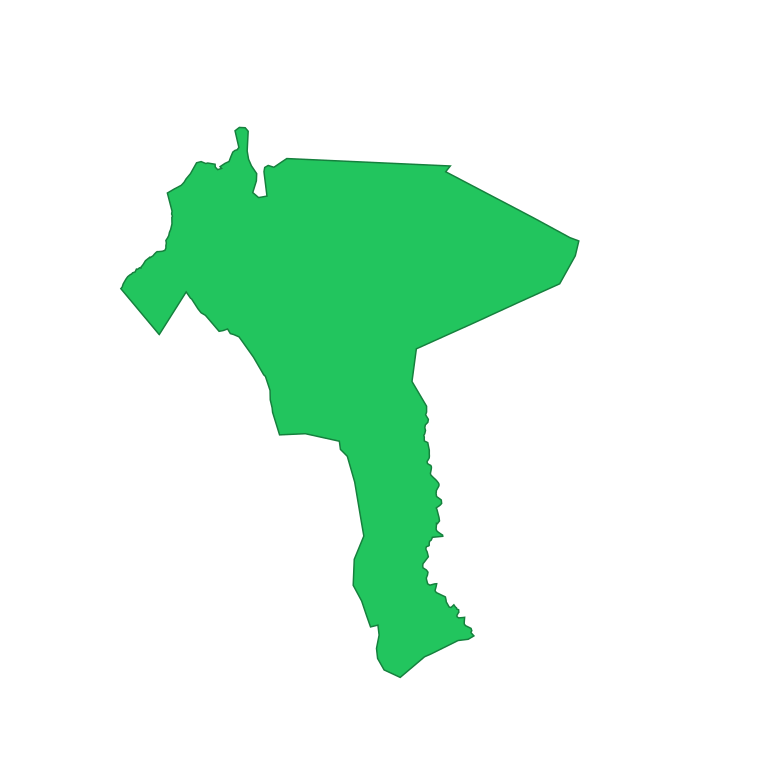 outline of San Francisco Chindúa, Oaxaca, Mexico, rotated 254°
{"feature_id": "50627088B18479476628960", "entity_name": "San Francisco Chindúa", "entity_type": "district", "adm_level": 2, "iso_a3": "MEX", "parent_name": "Mexico", "parent_adm1": "Oaxaca", "projection": "orthographic", "projection_center": [-97.323, 17.415], "detail": "fine", "context": "isolated", "style": "filled", "palette": "green", "viewbox_px": 768, "rotation_deg": 254, "n_neighbors": 0, "source": "geoboundaries", "source_scale": "gbopen_adm2", "svg_char_len": 3422}
<svg xmlns="http://www.w3.org/2000/svg" viewBox="0 0 768 768"><g transform="rotate(254 384 384)"><path d="M627.3,228.4L608.5,227.9L606.0,226.7L603.6,226.9L602.7,226.0L596.3,224.3L591.2,221.4L589.0,219.6L586.0,218.0L584.0,216.1L582.1,213.9L579.4,213.6L577.2,212.5L574.7,211.8L573.6,210.8L572.9,210.3L572.7,207.5L573.4,203.8L573.8,202.4L573.2,200.9L572.1,199.0L570.9,197.3L569.9,193.9L570.4,193.8L568.3,188.7L565.2,185.3L563.3,182.6L562.5,182.3L563.1,181.1L562.2,178.6L562.7,177.7L560.3,175.6L560.2,173.0L559.1,171.4L559.2,170.6L557.8,167.2L555.9,164.8L552.5,161.3L552.0,160.8L549.3,159.0L548.2,157.3L493.8,181.4L493.5,181.6L527.0,219.2L519.7,221.7L518.8,222.5L507.5,225.9L502.9,227.8L499.3,231.2L498.3,231.7L480.1,240.0L479.7,244.1L480.0,248.6L480.0,248.8L474.8,250.2L473.0,253.1L469.3,257.6L464.3,259.4L445.8,265.9L426.0,270.9L424.0,272.1L409.2,272.7L400.1,270.3L391.9,269.9L387.5,269.1L363.9,269.6L357.9,294.7L341.3,325.3L333.1,324.1L324.6,328.8L297.8,328.8L259.0,324.4L243.4,322.7L223.7,307.1L199.0,298.9L181.6,302.7L165.9,303.4L154.2,304.1L153.9,311.7L144.0,310.1L131.9,303.9L121.9,302.2L109.1,305.3L97.5,318.7L110.6,347.8L111.6,355.1L117.0,384.5L115.4,394.6L117.1,401.0L120.9,399.1L121.8,399.5L122.6,400.4L125.1,400.3L129.3,395.7L131.2,395.0L132.3,395.3L133.0,395.5L137.5,397.2L137.7,395.8L138.6,391.2L140.1,390.1L141.3,390.2L142.6,391.4L143.7,392.6L143.9,393.0L146.4,393.5L147.7,391.9L148.7,392.0L150.1,391.1L152.5,390.3L151.5,388.4L150.7,386.8L151.6,385.2L157.4,383.8L159.2,384.1L162.4,384.3L169.1,376.8L171.2,376.1L172.0,376.5L174.6,378.1L177.5,379.6L177.9,377.6L178.0,372.6L179.9,370.9L184.8,371.0L186.0,371.3L188.3,373.1L191.0,374.4L193.5,373.5L196.6,370.8L198.5,371.1L200.6,372.0L201.6,373.5L203.9,376.6L205.7,379.0L210.4,379.2L210.9,379.2L213.3,378.7L214.5,379.0L215.9,379.9L216.1,382.5L216.5,383.0L218.3,383.5L220.2,384.4L220.9,386.3L222.4,387.6L223.3,388.2L221.4,398.5L222.6,398.7L224.2,397.3L226.5,395.4L228.4,394.2L230.2,394.1L233.9,395.5L235.6,396.0L235.0,396.8L237.1,399.6L240.6,400.1L249.2,400.3L250.3,400.0L250.6,400.2L251.5,403.1L252.2,404.8L253.3,406.5L256.7,407.1L261.4,403.5L264.1,403.9L264.5,403.9L264.9,404.0L265.4,404.4L267.1,404.9L269.6,407.4L270.7,408.5L271.8,409.1L273.2,409.2L274.2,408.9L276.9,407.8L280.6,405.6L282.6,404.5L283.8,403.9L285.3,404.0L286.1,404.4L288.0,405.4L289.9,406.3L291.1,406.7L292.1,406.7L293.0,406.4L293.6,405.6L294.9,404.4L295.8,403.9L296.8,403.9L297.7,404.1L298.7,405.3L300.5,407.1L302.3,407.8L304.1,408.2L307.9,409.3L311.9,409.6L315.6,409.9L318.1,407.1L320.4,407.6L321.8,408.1L323.7,408.1L324.9,409.4L327.9,411.1L330.8,411.2L333.3,412.5L335.1,415.6L337.8,416.9L342.9,415.5L345.3,417.2L350.9,418.8L378.7,411.6L408.9,424.8L418.0,487.6L425.2,534.7L431.9,580.5L454.5,603.2L467.8,610.7L473.5,603.0L503.0,573.0L571.0,501.8L575.3,507.8L627.5,352.7L625.5,346.4L623.9,341.6L622.7,337.9L626.0,332.9L625.3,330.2L625.2,329.7L625.0,329.0L621.3,327.2L618.5,326.7L608.2,325.1L596.9,323.3L597.4,318.1L597.8,314.8L604.2,310.6L614.4,317.3L621.3,319.6L630.3,316.7L637.2,315.8L637.6,315.8L645.7,316.7L664.4,323.1L668.6,321.2L670.5,315.7L668.5,310.6L651.4,309.7L649.6,307.3L649.6,305.1L648.6,302.6L646.5,300.9L644.5,299.3L640.6,296.4L639.9,291.9L638.1,286.3L636.0,287.3L635.9,283.2L639.1,281.6L641.8,282.2L645.0,275.5L645.1,273.4L648.2,269.5L648.3,264.8L639.5,255.9L635.8,250.4L633.0,247.4L630.9,243.9L629.3,236.2L627.3,228.4Z" fill="#22c55e" stroke="#15803d" stroke-width="1.5"/></g></svg>